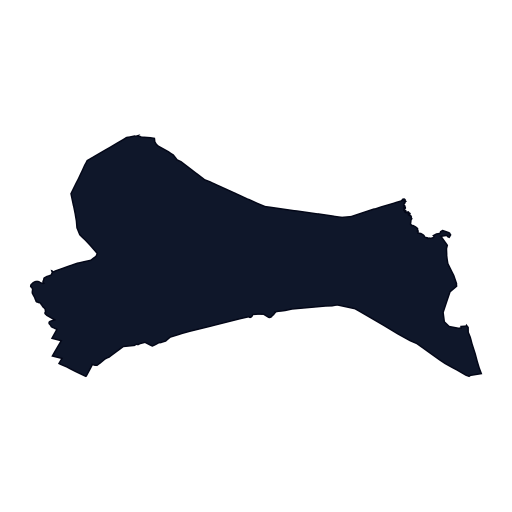 Puzes pag., Ventspils, Latvia
{"feature_id": "27541924B95248951242088", "entity_name": "Puzes pag.", "entity_type": "district", "adm_level": 2, "iso_a3": "LVA", "parent_name": "Latvia", "parent_adm1": "Ventspils", "projection": "equal_earth", "projection_center": [22.107, 57.369], "detail": "fine", "context": "isolated", "style": "filled", "palette": "ink", "viewbox_px": 512, "rotation_deg": 0, "n_neighbors": 0, "source": "geoboundaries", "source_scale": "gbopen_adm2", "svg_char_len": 5611}
<svg xmlns="http://www.w3.org/2000/svg" viewBox="0 0 512 512"><path d="M197.0,173.9L196.1,173.3L181.0,161.7L177.1,159.9L173.3,155.0L170.7,153.4L168.5,151.8L158.2,146.1L157.0,145.0L156.0,143.9L154.7,141.6L154.6,139.9L154.4,138.4L150.1,137.7L149.9,137.7L144.6,137.3L143.0,137.3L141.2,137.1L140.6,136.9L139.9,136.4L138.7,136.3L138.0,135.8L137.8,135.8L137.9,135.7L136.2,136.2L135.0,136.2L134.7,136.0L128.5,137.3L128.2,137.2L126.3,137.6L125.5,138.2L122.9,139.8L117.2,143.1L110.2,147.3L106.1,149.6L87.2,160.6L86.1,162.8L84.8,165.1L81.5,172.4L81.4,172.5L79.8,175.9L78.3,179.1L76.1,183.3L71.0,193.7L73.4,205.2L73.5,205.2L75.3,214.2L75.5,215.6L76.4,220.8L77.0,227.9L77.1,228.0L79.8,234.7L82.5,237.4L85.0,239.7L89.8,244.8L95.4,251.2L97.3,253.5L96.2,256.1L94.3,257.7L93.8,257.9L91.1,260.1L90.3,260.4L83.8,261.8L79.6,262.8L77.4,263.2L69.3,266.0L55.0,271.1L54.0,271.8L52.8,271.8L52.5,271.2L51.8,270.9L51.9,271.2L52.3,272.6L52.3,272.9L52.2,273.2L51.8,273.6L51.6,274.3L51.5,274.7L50.7,275.2L49.2,275.8L46.6,276.6L45.5,277.3L44.5,277.8L44.1,278.1L44.0,278.3L43.6,280.4L43.2,280.9L43.0,281.6L43.0,281.9L43.2,282.4L43.9,283.3L43.3,283.5L41.7,283.2L40.2,282.6L39.2,281.9L38.5,281.6L37.2,281.4L35.9,281.5L34.9,281.8L34.4,282.0L33.6,282.5L32.8,283.0L32.1,283.8L31.2,284.5L30.8,285.4L30.7,286.6L31.9,287.6L32.5,289.0L32.6,289.9L32.5,290.3L32.3,291.6L32.3,293.0L32.6,293.6L33.4,295.2L34.6,297.3L35.4,299.5L35.8,300.3L36.1,301.3L36.7,301.9L37.9,302.2L38.7,302.6L39.6,302.7L40.2,303.0L40.5,303.1L41.0,303.9L41.3,304.6L42.0,305.2L42.2,305.7L43.0,306.9L44.3,308.0L45.1,309.0L45.2,309.3L45.3,309.8L45.5,312.2L45.1,312.6L45.0,312.8L44.9,313.0L45.3,313.9L45.5,314.1L46.0,314.5L46.9,315.4L49.4,316.8L50.2,317.3L51.3,317.9L52.6,318.7L54.0,319.3L54.9,319.9L54.6,320.1L54.2,320.2L52.9,320.5L51.1,321.0L49.7,321.6L49.3,322.0L49.1,322.4L49.1,323.4L49.2,323.7L50.1,324.6L50.8,325.6L51.3,326.6L52.4,327.3L54.2,328.0L55.2,328.6L56.1,328.9L57.0,329.3L52.0,338.3L61.3,340.7L54.6,352.1L52.4,356.0L62.0,358.4L59.0,363.5L60.6,364.3L66.8,366.9L70.1,368.7L75.4,371.4L85.7,376.3L86.2,376.1L90.1,368.9L92.2,364.9L92.2,364.4L94.7,365.2L97.0,365.3L98.2,364.4L98.8,363.9L99.9,363.2L104.8,359.1L106.8,358.0L109.1,357.1L110.6,355.9L123.3,346.5L134.4,345.4L136.3,344.2L138.0,344.6L140.0,343.6L145.0,342.3L150.0,344.9L152.3,346.0L154.3,345.1L155.9,344.3L158.6,342.8L159.0,342.7L160.7,342.6L162.1,342.1L165.7,341.0L166.3,340.4L170.2,337.1L179.0,334.4L182.0,333.4L189.6,331.3L211.2,326.0L213.8,325.3L240.0,318.7L248.4,316.8L248.6,316.8L249.0,317.0L249.0,316.9L250.2,317.3L250.7,317.3L251.9,316.3L252.8,314.5L258.0,314.1L263.6,314.2L268.6,317.3L269.6,317.5L270.8,317.1L271.6,316.6L271.8,316.0L272.0,315.8L272.5,315.5L272.9,315.1L273.7,314.5L274.0,313.9L274.5,313.2L275.2,312.6L275.2,312.3L275.0,312.0L278.0,311.3L281.3,311.0L285.1,310.5L292.0,309.0L325.6,306.0L332.1,305.8L335.7,305.1L337.8,305.0L355.0,308.7L360.3,311.7L383.5,325.2L397.9,333.9L410.2,340.7L416.8,343.5L439.7,359.9L445.1,363.5L452.5,367.6L456.9,369.9L466.0,375.2L469.1,376.3L470.5,375.3L472.0,375.1L481.3,373.6L479.1,367.8L477.1,361.1L475.2,353.9L471.9,343.6L470.9,339.7L470.2,337.2L468.2,332.3L468.1,327.4L466.5,325.4L466.3,326.1L461.0,326.5L461.2,328.0L458.6,328.3L449.1,326.5L444.3,321.8L443.1,312.4L446.8,301.2L450.0,291.8L456.6,286.2L456.4,283.8L456.5,283.6L456.2,282.7L453.7,275.4L451.9,271.9L447.8,263.6L447.1,259.2L446.6,254.9L446.7,254.6L446.5,249.8L446.5,248.5L447.3,245.3L440.9,236.3L446.7,235.4L447.8,236.7L448.1,236.8L449.2,237.3L450.6,234.9L450.3,234.5L450.1,234.4L449.8,233.4L448.9,232.7L446.4,231.8L442.6,230.5L440.6,231.7L440.6,232.6L439.5,233.5L436.4,234.0L433.6,235.5L434.0,235.7L434.0,235.9L434.0,236.2L434.1,236.3L434.1,236.6L433.9,236.9L433.4,237.3L433.1,237.6L432.1,238.1L431.6,238.1L430.8,238.4L430.1,238.2L429.5,238.1L428.4,238.5L427.9,238.6L427.5,238.5L427.0,238.2L427.3,237.8L425.4,237.4L424.5,236.9L424.4,236.8L424.3,236.5L424.0,235.6L422.9,234.7L420.8,233.5L417.9,233.1L417.9,232.9L418.1,231.1L417.4,231.1L417.6,229.1L417.5,228.5L415.7,227.0L413.2,225.6L411.8,225.7L411.9,225.3L411.8,225.2L411.0,224.7L410.5,224.2L411.0,219.8L411.8,218.7L411.1,217.5L411.3,216.9L410.7,215.7L409.7,215.5L409.0,215.4L408.8,215.1L408.4,214.8L408.4,214.6L408.6,214.5L409.8,214.2L410.0,213.5L409.6,213.2L408.8,213.2L408.1,212.9L408.6,212.3L408.3,211.9L407.7,212.0L407.5,212.5L407.3,212.7L407.1,212.7L406.5,212.2L406.4,212.2L406.4,212.3L406.4,212.5L406.1,212.5L405.9,212.3L405.6,212.5L405.2,212.2L405.8,211.9L405.3,211.3L405.3,211.2L405.8,210.9L405.7,210.7L405.1,210.8L404.6,211.1L404.4,210.9L404.3,210.7L403.8,210.3L403.9,209.9L404.1,209.2L404.5,209.2L404.4,208.9L404.6,208.5L404.0,208.4L403.8,208.1L404.2,207.9L404.7,208.1L405.3,208.1L405.3,207.7L404.8,207.8L404.8,207.5L404.3,207.4L404.2,207.4L404.3,207.1L404.4,206.6L404.1,206.2L404.7,206.1L404.8,206.1L404.7,205.7L404.2,205.4L403.8,204.8L403.8,204.2L404.2,203.7L404.6,203.4L404.7,202.8L405.0,202.6L405.0,202.3L404.5,202.1L404.4,201.9L404.7,201.8L405.1,201.7L405.7,201.3L405.2,201.0L404.9,200.7L404.9,200.4L405.1,200.1L405.0,199.9L404.8,199.7L404.7,199.6L404.1,199.7L403.9,199.5L403.8,199.4L404.5,199.2L404.4,199.1L404.1,199.1L403.2,199.1L402.9,199.2L402.6,199.4L402.7,199.7L402.6,199.9L402.7,200.3L402.6,200.5L401.8,200.4L401.6,200.7L400.8,201.1L396.3,202.4L393.7,203.3L381.3,206.9L375.4,208.9L373.7,209.1L351.2,216.6L342.1,217.4L338.7,217.0L332.2,216.1L332.3,216.0L318.1,213.9L317.8,214.0L297.0,211.0L293.9,210.7L269.8,207.2L265.1,206.6L257.1,203.3L248.9,199.5L247.7,199.2L240.1,195.6L215.2,184.3L215.1,184.2L211.9,182.8L210.4,182.0L204.7,179.8L204.2,179.5L203.5,178.9L197.0,173.9Z" fill="#0f172a" stroke="#020617" stroke-width="1.5"/></svg>